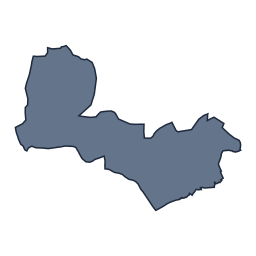 Danja, Katsina, Nigeria (Mercator projection)
{"feature_id": "59680162B42687104490462", "entity_name": "Danja", "entity_type": "district", "adm_level": 2, "iso_a3": "NGA", "parent_name": "Nigeria", "parent_adm1": "Katsina", "projection": "mercator", "projection_center": [7.63, 11.408], "detail": "fine", "context": "isolated", "style": "filled", "palette": "slate", "viewbox_px": 256, "rotation_deg": 0, "n_neighbors": 0, "source": "geoboundaries", "source_scale": "gbopen_adm2", "svg_char_len": 4528}
<svg xmlns="http://www.w3.org/2000/svg" viewBox="0 0 256 256"><path d="M240.6,150.2L240.4,149.8L239.9,149.1L240.0,148.9L240.2,148.4L240.4,147.0L240.6,145.5L240.5,143.9L240.2,142.3L239.6,141.4L239.2,140.4L237.3,139.4L234.3,138.1L229.0,134.0L222.2,127.6L223.9,123.5L214.0,117.2L211.2,118.5L208.6,119.9L207.3,120.6L207.5,118.3L207.6,114.6L207.8,113.9L204.4,115.2L203.9,115.4L203.6,115.6L198.8,119.2L191.5,129.6L177.8,131.8L176.1,130.6L171.9,122.3L170.9,122.9L166.2,124.7L159.8,128.3L156.9,130.6L154.4,133.4L153.0,136.2L150.7,138.2L144.4,138.1L143.8,131.9L144.0,124.2L134.4,124.3L130.0,124.0L123.0,121.0L118.5,119.0L116.8,115.9L115.6,113.7L114.5,112.4L111.5,111.0L106.8,111.2L103.2,111.6L100.4,112.1L97.2,115.4L96.1,116.8L90.6,117.4L81.3,116.3L78.9,115.8L90.9,105.0L94.3,94.1L96.4,78.3L94.6,68.6L92.1,62.4L88.2,60.0L87.5,59.6L87.4,59.4L87.2,59.3L87.1,59.2L86.8,59.1L86.6,59.1L86.4,59.2L86.1,59.3L85.9,59.4L85.5,59.6L84.2,59.6L80.9,58.9L78.5,56.7L72.9,54.9L70.4,50.2L66.2,45.6L63.6,46.5L61.5,46.8L60.4,48.3L57.3,48.5L54.1,48.8L52.1,48.9L47.6,47.7L47.6,52.8L45.1,56.1L36.8,56.5L35.2,56.3L34.0,56.2L33.3,56.2L31.8,62.2L31.4,65.3L29.3,74.9L26.6,83.0L25.3,88.3L27.9,98.9L27.6,105.0L25.3,107.5L25.2,112.6L25.8,120.2L24.0,122.0L22.7,123.7L15.4,127.4L15.5,128.2L16.0,131.0L16.6,133.4L17.9,137.0L18.4,138.9L20.7,144.2L23.2,146.1L24.4,149.0L25.2,150.1L26.9,150.9L28.3,148.1L31.6,146.2L36.1,147.8L36.6,147.8L41.8,148.0L43.6,148.1L46.9,148.5L49.2,148.6L50.1,148.3L52.8,148.0L56.8,147.4L61.1,146.8L65.1,146.0L72.9,146.4L73.0,146.4L75.8,147.4L78.6,152.1L78.7,152.5L82.0,158.5L85.9,161.8L89.9,162.2L92.8,161.0L94.3,159.9L95.4,159.2L98.4,158.3L104.1,156.1L105.1,161.0L104.9,165.0L105.0,168.9L105.4,168.9L106.9,169.0L109.8,169.7L112.3,171.3L114.2,172.2L114.8,172.5L118.5,173.1L122.3,174.4L125.2,176.9L128.9,179.3L133.6,180.4L135.9,181.8L138.1,184.0L140.9,189.4L142.9,191.7L147.3,198.2L151.0,203.8L152.5,206.1L154.5,208.8L155.8,210.4L162.4,206.8L167.9,203.3L168.6,203.0L169.8,202.4L171.9,201.6L174.4,200.7L176.2,200.1L179.8,199.4L179.9,199.2L180.0,198.9L180.1,198.6L180.6,198.6L180.9,198.6L181.3,198.4L181.0,198.3L180.9,198.1L181.3,197.9L181.5,197.8L182.0,197.6L182.3,197.6L182.5,197.8L182.6,198.0L182.9,198.1L183.2,198.2L184.0,198.1L184.4,197.7L184.6,197.5L184.9,197.6L185.1,197.6L185.5,197.5L185.8,197.5L185.8,197.3L186.1,197.1L187.2,196.7L187.3,196.3L187.5,196.1L188.2,195.6L188.7,195.3L189.3,194.9L189.3,194.6L189.2,194.1L189.2,193.9L189.3,193.8L189.3,193.6L189.5,193.3L191.8,194.9L192.1,195.2L192.4,194.7L192.5,194.7L192.7,194.1L192.9,193.7L193.5,193.0L193.7,192.7L193.9,192.6L194.0,192.6L194.8,191.4L195.2,190.9L195.4,190.6L195.7,190.2L195.8,190.0L196.0,189.6L196.4,189.4L196.8,189.4L197.0,189.5L197.3,189.6L197.6,189.7L197.8,189.7L198.1,189.7L198.2,189.8L198.4,189.8L198.6,189.8L198.9,189.8L199.0,189.8L199.3,189.7L199.8,189.6L200.1,189.6L200.4,189.4L200.8,189.4L201.3,189.5L201.2,189.1L201.1,188.8L201.0,188.6L200.9,188.4L200.8,188.0L200.7,187.8L200.5,187.7L200.8,187.5L201.0,187.6L201.3,187.8L201.6,187.6L202.1,187.5L202.3,187.5L202.6,187.4L202.7,187.6L202.9,187.7L203.1,187.7L203.3,187.7L203.8,187.8L204.1,187.8L204.3,187.9L204.6,188.0L214.3,187.3L214.4,185.7L214.7,185.2L214.8,184.8L214.8,184.4L214.8,183.7L214.7,183.1L214.5,182.4L214.8,182.4L215.0,182.3L215.2,182.8L215.3,183.3L215.5,183.7L215.6,183.8L215.9,183.8L216.3,183.6L216.6,183.5L216.9,183.5L217.2,183.4L217.6,183.3L217.9,183.1L218.0,182.9L218.3,182.7L218.9,182.2L219.4,182.5L219.6,182.5L219.9,182.5L220.1,182.3L220.1,182.1L220.6,181.8L221.7,180.4L220.8,179.8L221.7,179.2L222.5,178.7L223.1,178.3L223.2,178.2L222.0,175.6L220.9,172.9L220.4,171.5L220.5,171.4L221.3,171.1L219.8,167.7L219.2,166.5L218.5,164.1L218.7,162.9L219.3,161.5L220.1,159.3L220.6,158.0L221.0,156.2L221.3,155.2L221.1,154.3L222.2,152.3L222.3,152.0L222.4,151.8L222.5,151.6L222.8,151.2L223.1,150.9L223.5,150.8L224.0,150.7L224.4,150.7L224.9,150.6L225.8,150.5L226.1,150.4L226.3,150.5L226.5,150.5L226.7,150.4L226.9,150.5L227.1,150.5L227.5,150.4L227.9,150.2L228.3,150.0L228.5,150.0L228.9,150.3L229.0,150.3L229.6,150.4L229.9,150.6L230.5,150.7L231.2,150.7L231.6,150.7L231.8,150.7L232.2,151.0L232.4,151.2L232.7,151.2L232.9,151.3L233.0,151.4L233.1,151.6L233.6,151.7L234.0,151.7L234.9,151.7L235.0,151.8L235.1,152.0L235.3,152.1L235.8,151.9L236.1,151.9L236.4,151.8L236.8,151.7L237.0,151.7L237.3,151.6L237.6,151.5L237.8,151.4L238.1,151.3L238.4,151.3L238.5,151.2L238.8,151.1L239.1,150.9L239.4,150.8L239.7,150.6L239.9,150.5L240.1,150.4L240.4,150.3L240.5,150.2L240.6,150.2Z" fill="#64748b" stroke="#1e293b" stroke-width="1.5"/></svg>